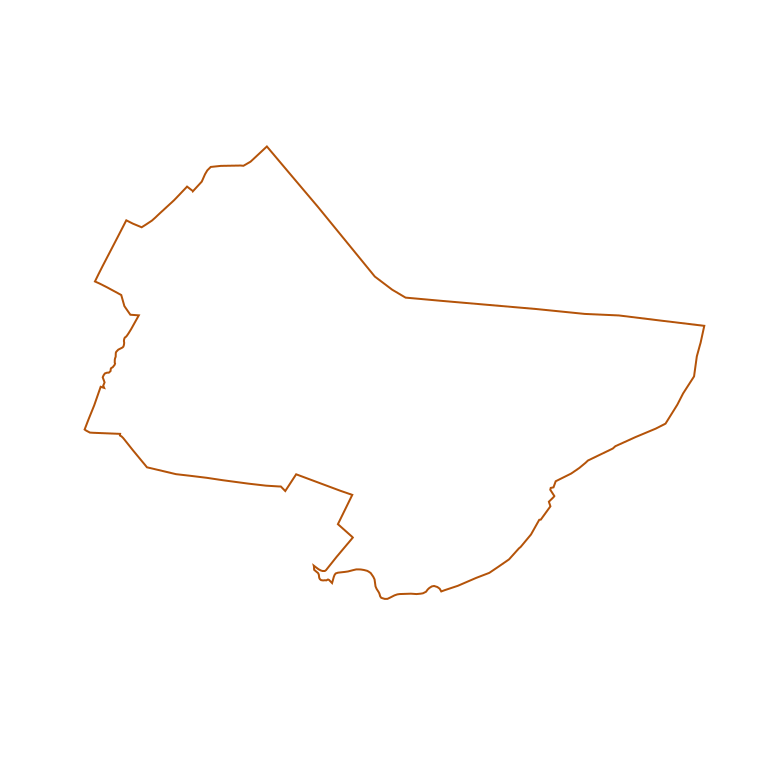 the district of Seleus, Arad, Romania, rotated 191°
{"feature_id": "2599482B93238774632667", "entity_name": "Seleus", "entity_type": "district", "adm_level": 2, "iso_a3": "ROU", "parent_name": "Romania", "parent_adm1": "Arad", "projection": "mercator", "projection_center": [21.739, 46.383], "detail": "fine", "context": "isolated", "style": "outline", "palette": "amber", "viewbox_px": 768, "rotation_deg": 191, "n_neighbors": 0, "source": "geoboundaries", "source_scale": "gbopen_adm2", "svg_char_len": 2751}
<svg xmlns="http://www.w3.org/2000/svg" viewBox="0 0 768 768"><g transform="rotate(191 384 384)"><path d="M668.2,495.5L673.5,477.3L682.8,445.8L685.1,437.7L687.3,429.5L682.6,428.4L674.1,426.0L658.9,421.2L653.7,410.9L649.6,406.9L646.2,403.6L637.8,404.6L642.7,389.6L644.4,385.1L645.6,382.3L646.3,381.1L647.3,380.1L647.6,378.6L647.6,377.6L647.5,376.5L647.0,375.2L646.8,373.9L646.8,372.2L647.0,370.9L647.7,369.9L651.4,367.0L653.0,364.5L653.2,363.3L652.6,359.6L652.9,357.8L652.9,356.4L652.7,355.3L652.4,353.6L651.9,352.8L652.1,351.4L653.5,348.7L654.8,347.6L655.1,346.7L654.9,344.5L656.3,342.6L658.0,342.3L660.0,341.1L660.9,339.1L661.4,336.9L658.6,332.3L659.3,328.7L658.0,326.8L661.6,327.2L664.4,307.7L667.3,292.9L669.2,282.2L667.4,281.4L663.4,280.2L660.3,280.6L633.5,284.7L633.4,283.1L631.5,282.4L629.6,281.1L617.9,271.1L606.0,261.3L603.4,259.2L600.8,257.0L571.0,255.8L557.0,256.9L540.0,258.1L523.7,258.8L498.3,260.3L480.4,261.7L467.4,263.4L465.7,263.7L460.5,260.1L453.0,278.6L406.7,270.9L394.0,269.1L402.5,237.6L385.9,227.8L385.3,227.3L397.6,205.2L405.4,190.2L406.5,189.1L408.6,188.7L410.4,188.9L413.0,189.7L416.5,191.4L418.3,192.3L417.8,191.2L417.5,189.7L417.1,188.3L415.0,187.1L412.6,185.8L411.6,184.4L410.6,181.4L409.8,180.3L408.4,179.5L407.0,179.5L405.7,179.7L404.6,180.1L403.2,180.2L401.7,181.4L400.6,181.2L397.0,178.7L396.7,182.1L396.5,184.9L396.1,187.1L395.3,188.8L393.2,190.0L386.5,192.1L383.6,193.1L379.0,195.3L375.9,196.7L371.6,197.5L368.2,197.6L364.9,197.4L363.3,196.9L361.0,195.9L357.8,192.8L356.0,190.4L353.7,183.7L352.2,181.5L350.0,179.2L349.3,178.4L348.6,177.5L347.2,174.8L345.9,173.6L344.3,173.4L342.2,173.2L339.7,173.7L337.1,175.6L333.4,178.5L330.8,180.0L328.5,180.8L317.6,183.3L312.0,184.0L307.9,185.2L305.8,186.0L303.1,188.1L301.9,190.6L300.6,192.4L298.5,194.4L296.3,195.3L292.9,194.9L290.3,193.7L288.2,191.3L284.9,193.3L273.0,200.0L256.6,211.2L244.6,218.7L237.0,226.3L227.8,235.7L220.2,248.4L218.8,250.1L211.0,264.3L205.7,280.3L204.2,280.8L197.3,295.7L199.7,299.9L195.9,305.4L195.4,306.5L200.6,311.9L200.5,313.8L197.9,314.9L196.9,321.3L183.2,331.8L176.3,338.8L171.2,345.0L169.2,347.8L160.5,354.3L147.1,364.3L145.0,367.1L127.1,379.8L108.8,392.0L100.1,398.8L92.1,419.7L88.6,431.8L81.1,450.6L82.2,470.8L81.3,482.6L81.1,484.7L80.7,502.2L123.7,499.1L166.6,496.1L200.3,491.1L224.3,488.9L248.3,486.7L327.3,478.3L344.3,476.5L367.8,474.1L379.3,472.9L393.9,478.1L413.5,487.7L471.9,536.3L482.6,545.2L513.5,570.0L544.3,594.8L557.4,576.8L563.6,571.4L564.4,571.3L566.4,571.1L585.7,567.0L595.5,564.0L598.2,560.0L599.7,555.8L601.5,547.9L608.4,536.7L608.6,537.0L615.0,540.2L615.6,539.2L625.1,524.4L636.4,509.1L638.7,505.9L640.1,503.9L643.0,500.1L648.2,495.0L651.8,491.6L661.1,493.5L668.2,495.5Z" fill="none" stroke="#b45309" stroke-width="2"/></g></svg>